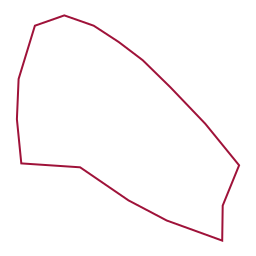 the district of Águas de São Pedro, São Paulo, Brazil
{"feature_id": "56859067B74194604181360", "entity_name": "Águas de São Pedro", "entity_type": "district", "adm_level": 2, "iso_a3": "BRA", "parent_name": "Brazil", "parent_adm1": "São Paulo", "projection": "natural_earth1", "projection_center": [-47.876, -22.599], "detail": "fine", "context": "isolated", "style": "outline", "palette": "rose", "viewbox_px": 256, "rotation_deg": 0, "n_neighbors": 0, "source": "geoboundaries", "source_scale": "gbopen_adm2", "svg_char_len": 317}
<svg xmlns="http://www.w3.org/2000/svg" viewBox="0 0 256 256"><path d="M128.5,200.4L166.7,220.5L222.2,240.6L222.7,205.6L239.1,165.3L205.3,123.8L170.5,87.4L142.7,60.2L118.7,42.0L93.7,25.7L64.3,15.4L34.9,25.7L18.6,79.0L16.9,119.2L21.3,163.4L80.1,167.3L128.5,200.4Z" fill="none" stroke="#9f1239" stroke-width="2"/></svg>